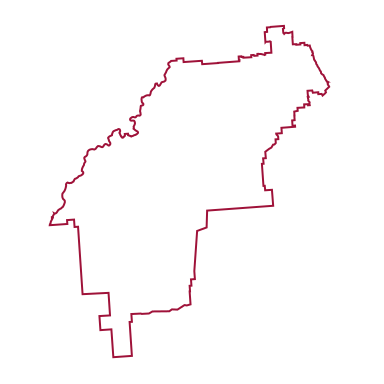 outline of Chapman Valley, Western Australia, Australia, rotated 176°
{"feature_id": "25037944B4139819915576", "entity_name": "Chapman Valley", "entity_type": "district", "adm_level": 2, "iso_a3": "AUS", "parent_name": "Australia", "parent_adm1": "Western Australia", "projection": "orthographic", "projection_center": [115.126, -28.272], "detail": "fine", "context": "isolated", "style": "outline", "palette": "rose", "viewbox_px": 384, "rotation_deg": 176, "n_neighbors": 0, "source": "geoboundaries", "source_scale": "gbopen_adm2", "svg_char_len": 5949}
<svg xmlns="http://www.w3.org/2000/svg" viewBox="0 0 384 384"><g transform="rotate(176 192 192)"><path d="M282.0,32.7L263.4,32.7L263.3,66.7L261.0,66.7L261.0,74.5L251.5,74.3L250.7,73.9L243.4,73.8L239.8,75.6L223.0,74.6L220.2,76.3L214.7,75.7L207.4,79.7L207.2,79.7L205.1,79.2L201.3,80.0L201.3,93.0L200.9,93.0L200.9,98.6L199.1,98.6L199.1,104.9L195.2,104.9L195.2,112.9L189.6,152.8L179.9,155.6L178.2,172.4L112.0,172.6L112.1,188.6L118.9,188.6L119.0,193.1L120.3,193.1L120.3,215.2L118.6,215.2L118.7,220.6L116.0,220.6L116.1,227.0L112.0,229.7L109.7,230.8L107.8,233.6L106.7,233.6L106.4,233.7L105.1,234.9L105.0,235.2L105.0,238.7L102.2,238.7L102.2,241.3L102.5,242.0L103.8,243.6L103.9,244.4L98.3,244.4L98.3,249.8L84.6,249.9L84.6,251.1L87.1,251.1L87.1,256.4L84.6,256.5L84.6,261.2L84.4,261.2L84.4,265.1L80.9,265.6L80.9,268.6L74.1,268.5L74.0,271.6L70.2,271.5L70.2,270.4L68.5,270.4L68.7,272.3L68.4,273.1L68.4,273.3L69.6,274.9L69.7,275.1L69.5,276.2L69.7,276.9L69.9,278.9L69.0,278.9L69.6,280.3L69.7,281.7L69.7,282.0L69.7,282.8L69.7,284.9L65.0,284.9L64.5,282.6L59.1,282.7L59.1,282.2L59.3,281.8L59.2,280.8L55.8,280.8L55.0,279.1L52.5,281.0L51.4,282.1L52.0,283.9L47.8,287.4L48.2,288.4L49.0,289.7L49.1,290.9L49.0,291.1L48.7,291.3L48.7,291.7L48.8,291.8L49.0,291.4L49.5,292.4L49.4,292.6L49.1,292.6L50.0,293.2L50.8,294.8L51.1,295.3L51.4,295.9L51.4,296.6L51.7,297.0L51.9,297.7L52.1,297.9L52.7,299.5L53.8,300.2L54.9,301.4L55.0,302.7L55.1,303.3L55.8,304.1L56.7,306.6L58.0,308.6L58.2,309.7L59.0,310.8L59.2,311.6L59.2,312.5L59.3,312.8L59.6,313.3L60.0,313.8L60.2,314.6L60.9,315.4L61.4,319.2L61.7,319.7L61.8,320.2L62.5,320.2L62.2,320.8L61.7,321.6L61.7,321.9L61.7,322.2L62.3,323.0L62.3,323.4L62.0,323.9L62.1,324.1L62.7,324.7L63.5,326.5L64.1,328.4L64.3,329.9L66.5,329.9L66.8,330.7L69.5,330.6L69.5,333.0L73.6,333.0L73.6,331.6L77.7,331.6L77.7,332.2L81.1,332.3L81.1,339.6L80.9,339.6L80.8,344.8L84.0,343.9L85.0,343.8L87.0,344.3L87.6,344.3L88.1,344.1L89.0,343.3L89.3,343.9L89.8,344.3L89.9,348.4L88.7,348.9L88.7,351.3L102.1,351.2L102.4,350.9L105.8,350.9L105.9,346.5L108.3,346.4L108.3,336.3L108.0,336.6L107.5,336.7L104.9,336.6L103.7,336.9L103.1,336.9L103.0,337.1L103.1,325.4L109.3,325.5L109.3,323.9L110.0,323.6L110.2,323.8L113.7,324.9L115.0,324.9L115.9,325.2L117.1,325.2L117.1,323.5L120.5,323.5L120.8,324.4L123.4,324.4L123.4,322.3L131.4,322.4L131.4,323.2L133.3,323.2L133.3,323.9L136.0,323.9L136.0,320.7L135.4,320.4L135.6,319.1L157.0,319.0L157.0,318.8L172.9,318.8L173.0,322.2L191.3,322.2L191.3,326.0L198.2,326.0L198.2,324.2L203.7,324.2L204.2,323.7L206.5,322.3L206.8,321.4L206.8,321.0L206.5,320.3L205.8,319.2L205.6,318.6L205.6,318.1L208.0,316.1L208.8,314.9L209.6,313.2L211.3,310.6L211.3,310.0L210.5,307.7L210.4,306.9L210.5,305.6L210.8,304.9L212.1,304.1L214.2,303.7L214.7,303.5L216.7,300.6L217.4,300.2L217.9,300.2L218.7,301.0L219.1,301.7L219.4,302.7L220.7,302.6L221.1,302.2L221.6,300.2L222.3,298.6L224.3,297.1L225.6,295.6L226.1,294.7L226.6,292.8L227.3,291.5L227.8,291.3L228.9,291.6L230.0,291.6L231.0,291.4L232.9,290.6L233.9,289.8L234.8,290.0L235.3,289.9L235.6,289.3L235.9,288.1L235.8,285.5L235.5,284.6L234.8,284.0L234.4,283.3L234.4,282.9L234.5,282.4L234.9,282.0L236.7,281.6L237.0,281.5L237.2,281.0L237.5,279.1L238.2,276.3L237.9,274.7L237.8,272.9L238.1,272.3L238.9,271.8L240.4,272.1L241.7,271.8L242.2,271.4L242.8,270.6L243.3,270.4L244.2,270.5L245.1,270.9L246.4,270.9L247.9,270.0L248.3,269.7L248.6,269.2L248.7,268.4L248.3,267.7L247.7,267.4L245.9,267.4L245.0,267.2L244.7,267.0L244.3,266.2L244.1,265.4L244.2,265.0L244.1,264.4L244.4,263.5L244.6,263.2L244.7,262.9L245.7,261.2L245.6,260.4L245.5,260.0L245.5,259.8L245.8,259.5L245.9,259.2L243.9,257.3L242.1,256.1L241.7,255.4L241.7,255.0L241.9,254.5L242.9,253.7L243.5,253.4L244.5,253.0L244.5,252.9L246.0,252.6L247.0,252.1L248.4,251.8L248.5,251.7L248.9,252.0L249.2,251.9L249.4,252.2L250.1,252.3L250.7,252.8L251.1,252.8L251.8,253.1L251.8,254.6L255.0,254.6L255.0,252.8L255.3,252.7L256.0,251.9L256.2,252.0L256.4,251.9L256.8,251.5L257.0,251.1L257.6,251.0L257.9,251.1L258.6,252.0L258.7,252.5L259.0,252.7L259.0,253.0L259.5,253.9L259.8,255.1L260.2,255.7L260.2,256.5L259.6,257.0L259.4,257.9L259.5,258.9L259.9,259.6L260.7,259.9L261.1,259.9L262.4,259.2L263.7,259.0L265.8,258.2L266.4,257.8L266.9,257.1L267.7,255.3L267.8,254.5L267.9,254.2L270.3,253.3L271.3,252.6L271.9,251.9L271.9,251.5L271.7,250.9L271.5,250.5L271.2,248.7L270.2,246.9L270.1,246.4L270.1,245.9L270.2,245.4L271.0,244.4L271.3,244.2L272.1,244.2L273.3,245.3L274.4,245.8L275.1,245.9L276.1,245.3L277.4,243.6L278.0,243.1L278.5,243.0L279.3,243.2L280.4,243.9L281.7,244.3L282.5,244.4L283.0,244.1L283.3,243.8L283.7,243.5L285.1,241.8L285.9,241.4L286.5,241.2L288.1,241.7L289.6,241.7L291.3,241.3L292.4,240.6L292.9,240.1L293.4,239.2L293.6,238.2L293.8,236.7L294.3,235.9L295.1,235.1L296.5,234.4L297.0,233.8L297.1,233.1L296.7,231.5L296.3,230.7L296.2,229.7L297.3,228.4L297.7,227.6L297.9,226.5L299.0,224.9L299.5,224.0L300.1,222.7L300.4,221.4L300.4,220.6L299.6,220.0L299.2,219.4L299.1,218.7L299.3,217.9L299.6,217.6L299.9,217.5L300.1,217.1L301.7,216.2L303.8,215.7L304.1,215.5L304.7,214.7L305.5,214.2L306.7,213.6L307.8,213.3L308.3,212.8L308.8,212.0L308.9,211.6L309.2,211.4L309.5,210.7L310.9,210.0L311.5,209.5L313.0,209.5L313.3,209.4L313.9,209.4L315.5,210.1L316.3,209.7L317.0,208.8L317.2,208.1L317.1,206.9L317.4,206.3L317.4,205.9L318.2,203.7L319.1,202.0L320.1,200.8L321.3,199.5L321.5,198.8L321.7,197.1L321.6,195.5L321.1,194.1L319.9,192.8L319.5,192.0L319.6,190.5L320.6,188.2L321.8,186.2L322.7,185.7L323.6,184.8L324.5,184.5L325.5,183.9L326.4,183.5L327.3,182.5L328.2,181.2L328.8,180.6L329.7,180.1L330.6,180.1L330.9,180.3L330.8,180.0L332.0,178.4L332.8,176.9L333.1,176.7L333.5,176.7L333.5,176.3L333.6,176.1L333.6,175.8L332.9,176.4L332.5,176.5L332.5,176.2L334.7,172.6L335.1,171.7L335.2,170.8L335.6,170.3L335.6,170.2L336.0,169.7L336.2,168.8L318.6,168.8L318.6,172.7L311.6,172.7L311.6,165.3L308.1,165.3L308.3,97.7L282.3,97.2L282.4,74.6L293.0,74.7L293.0,60.6L282.0,60.6L282.0,32.7Z" fill="none" stroke="#9f1239" stroke-width="2"/></g></svg>